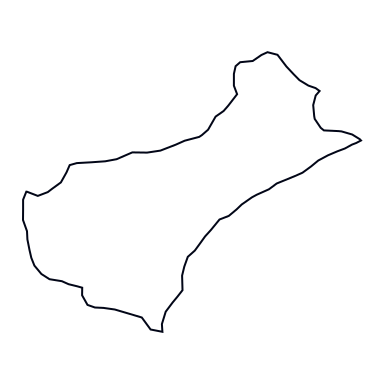 the district of Yardymli District, Yardımlı, Azerbaijan
{"feature_id": "54616110B63590673188827", "entity_name": "Yardymli District", "entity_type": "district", "adm_level": 2, "iso_a3": "AZE", "parent_name": "Azerbaijan", "parent_adm1": "Yardımlı", "projection": "albers", "projection_center": [48.274, 38.907], "detail": "fine", "context": "isolated", "style": "outline", "palette": "ink", "viewbox_px": 384, "rotation_deg": 0, "n_neighbors": 0, "source": "geoboundaries", "source_scale": "gbopen_adm2", "svg_char_len": 1318}
<svg xmlns="http://www.w3.org/2000/svg" viewBox="0 0 384 384"><path d="M319.6,91.0L315.6,88.1L308.4,85.6L299.5,80.2L293.6,74.2L286.4,66.5L277.5,54.8L267.5,52.2L261.4,55.0L252.7,61.0L240.2,62.2L235.6,66.2L233.9,73.9L233.9,78.3L233.9,85.7L237.1,94.2L228.3,105.6L223.6,111.0L215.6,116.6L208.1,129.7L201.9,135.1L199.2,136.9L184.7,140.7L175.7,144.7L160.4,150.6L147.1,152.6L132.3,152.4L116.6,159.2L105.2,161.3L91.1,162.3L76.8,163.1L69.7,165.1L66.5,172.4L60.9,182.4L52.1,188.8L47.8,192.1L37.8,195.9L26.9,191.7L26.3,191.7L23.1,199.7L23.1,209.4L23.0,220.0L27.0,231.2L27.4,239.4L29.5,250.0L31.3,257.8L34.4,265.6L41.4,274.0L49.5,279.2L61.9,281.2L68.6,284.2L77.2,286.3L82.2,287.7L82.1,295.3L87.5,304.9L94.9,307.5L103.4,307.9L114.8,309.5L129.7,313.9L141.8,317.5L150.6,329.5L162.4,331.8L161.9,324.1L165.7,311.7L172.7,302.4L177.5,296.6L182.5,290.2L182.1,275.6L184.3,266.6L187.8,256.8L194.8,250.6L199.2,244.6L205.1,236.4L210.9,230.0L219.5,219.5L228.8,215.9L236.7,209.3L241.7,204.5L252.0,197.3L256.8,194.7L268.9,189.3L276.7,183.5L295.3,175.9L302.5,172.7L311.0,166.5L318.3,160.5L328.0,155.3L337.4,151.3L344.9,148.5L352.0,144.6L356.2,143.0L361.0,140.5L359.8,139.2L352.2,134.5L341.5,131.4L338.4,131.1L323.9,130.4L320.7,127.8L314.7,118.9L314.2,116.1L313.2,105.1L315.7,95.5L319.6,91.0Z" fill="none" stroke="#020617" stroke-width="2"/></svg>